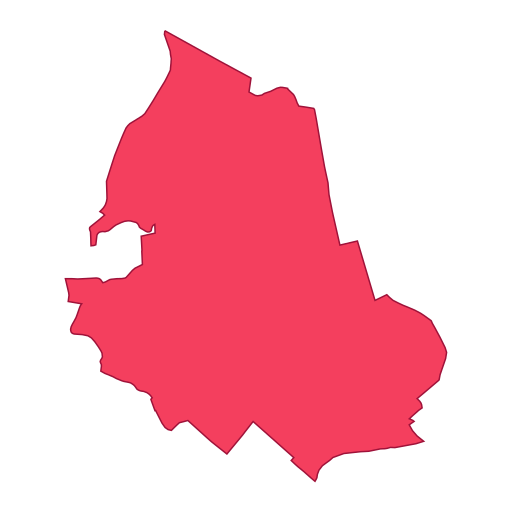 Buduslau, Bihor, Romania (Mercator projection), rotated 90°
{"feature_id": "2599482B69448012965496", "entity_name": "Buduslau", "entity_type": "district", "adm_level": 2, "iso_a3": "ROU", "parent_name": "Romania", "parent_adm1": "Bihor", "projection": "mercator", "projection_center": [22.247, 47.394], "detail": "fine", "context": "isolated", "style": "filled", "palette": "rose", "viewbox_px": 512, "rotation_deg": 90, "n_neighbors": 0, "source": "geoboundaries", "source_scale": "gbopen_adm2", "svg_char_len": 3669}
<svg xmlns="http://www.w3.org/2000/svg" viewBox="0 0 512 512"><g transform="rotate(90 256 256)"><path d="M428.9,344.9L429.6,343.9L429.9,342.6L430.4,340.6L427.5,337.7L424.6,334.7L422.7,332.6L421.7,328.6L421.0,326.0L420.5,324.1L438.4,304.3L442.0,300.2L454.0,285.1L434.9,269.3L432.1,267.2L427.1,263.3L424.4,261.2L421.5,258.9L452.1,224.4L457.6,218.2L460.5,220.8L464.1,217.0L466.7,214.1L471.2,208.6L478.2,200.7L481.3,197.0L479.4,195.9L477.7,195.1L474.3,194.6L470.1,193.0L465.7,189.6L460.1,182.0L457.5,179.1L453.5,168.1L451.7,151.5L451.5,147.6L451.3,143.8L451.2,142.9L448.9,131.7L448.8,129.9L448.7,127.1L448.5,125.9L448.4,125.1L447.4,121.5L447.6,117.1L446.4,110.6L443.7,96.0L441.3,88.3L436.0,94.9L430.7,99.5L424.8,102.8L421.4,97.9L420.3,99.3L418.8,102.7L415.7,99.4L410.3,93.3L407.9,89.9L404.7,90.4L402.9,91.1L401.2,92.3L398.6,94.9L392.4,87.5L380.6,73.6L379.9,72.9L374.6,71.9L358.6,66.4L352.4,65.4L347.6,66.9L337.5,71.9L327.5,77.3L323.3,79.7L320.9,80.7L320.5,81.1L315.3,88.3L313.2,91.5L310.2,97.2L306.9,104.9L305.4,108.7L303.0,113.8L300.3,119.1L297.4,122.5L294.7,125.2L300.4,137.0L241.0,154.6L245.1,172.1L215.2,178.9L212.0,179.6L194.7,183.0L185.4,183.8L182.9,184.0L172.8,186.2L166.6,187.5L147.9,190.8L118.5,195.8L109.6,197.5L108.4,198.3L107.2,205.5L106.1,213.2L102.8,214.9L100.5,215.7L99.9,215.9L96.4,217.4L94.4,218.6L93.7,219.4L89.0,224.3L88.4,224.3L88.1,225.3L87.9,226.6L87.4,229.5L87.3,231.6L88.2,235.1L91.3,241.3L93.4,247.6L95.1,250.2L95.8,254.4L95.4,256.8L92.0,263.0L78.1,261.0L61.2,292.2L30.7,347.2L30.8,347.1L31.7,347.3L32.9,347.4L34.4,347.6L51.2,341.8L54.4,341.5L57.2,341.0L58.8,340.7L61.0,340.9L63.2,341.0L68.3,341.5L70.1,341.6L70.3,341.7L73.3,343.1L77.8,345.3L81.4,347.2L92.8,354.2L100.4,358.7L107.9,363.4L113.7,367.2L116.2,370.1L121.6,378.8L123.6,382.1L125.7,384.2L128.1,386.0L129.7,386.7L133.2,388.3L138.1,390.4L146.9,393.9L155.8,397.4L156.5,397.6L164.2,400.1L172.7,402.8L181.3,405.5L193.8,405.1L198.6,405.0L201.5,405.5L204.7,406.6L206.4,407.6L208.0,408.7L211.6,412.1L213.3,409.2L215.1,407.4L220.7,414.0L226.6,421.4L227.5,422.3L228.9,422.5L230.2,422.2L231.8,421.5L238.8,421.2L243.3,421.1L245.8,421.0L245.5,418.2L244.8,416.2L238.0,415.4L235.3,415.1L233.7,414.3L232.3,412.8L231.8,411.3L231.5,409.4L231.7,407.0L230.8,403.7L229.6,401.9L226.5,398.2L224.9,395.9L222.5,390.7L221.3,387.4L220.8,383.8L221.0,381.3L221.9,378.0L222.5,375.8L223.6,374.4L225.5,373.2L227.1,372.6L228.4,371.1L229.8,368.6L231.2,366.4L232.0,364.6L231.9,362.8L231.3,361.4L230.4,360.7L229.7,360.6L228.0,360.3L226.2,359.5L225.5,359.0L225.0,358.3L224.4,357.2L233.1,356.9L236.2,370.8L250.6,370.0L250.9,370.2L264.5,369.6L268.2,377.0L270.4,379.6L277.5,385.9L278.1,387.1L278.6,390.3L278.7,395.1L279.3,400.9L279.6,402.3L281.8,406.3L282.2,407.3L282.7,409.2L279.6,411.4L278.6,412.8L278.2,414.2L278.0,415.7L278.3,420.8L279.0,434.2L278.7,439.9L278.7,446.6L292.8,443.3L295.3,443.0L301.5,443.8L303.8,430.3L305.3,431.4L307.3,432.3L314.8,434.9L317.7,436.0L321.6,438.1L324.2,439.6L326.7,440.8L329.1,441.4L330.9,441.2L332.3,440.7L333.3,439.7L334.0,437.9L334.6,429.7L335.8,424.0L337.9,420.6L341.6,417.3L346.8,413.6L351.0,411.0L353.1,410.0L354.9,409.8L356.9,409.6L358.4,410.2L360.2,411.4L361.7,411.8L363.1,411.3L364.6,410.6L366.5,410.6L370.4,411.1L371.1,411.2L373.4,407.1L374.1,405.3L376.7,399.0L378.6,395.5L379.0,394.5L379.4,393.5L380.7,390.4L381.4,388.2L382.1,384.5L382.5,382.7L382.9,381.4L384.2,379.3L385.4,377.8L386.5,376.9L388.2,375.7L389.4,374.8L390.5,372.7L391.0,371.0L391.4,368.3L392.2,366.2L392.6,365.1L393.9,363.2L395.5,361.5L397.8,359.8L398.6,360.6L399.4,361.1L408.0,358.0L410.7,357.0L410.5,356.4L423.1,350.0L426.4,347.7L427.5,346.9L428.9,344.9Z" fill="#f43f5e" stroke="#9f1239" stroke-width="1.5"/></g></svg>